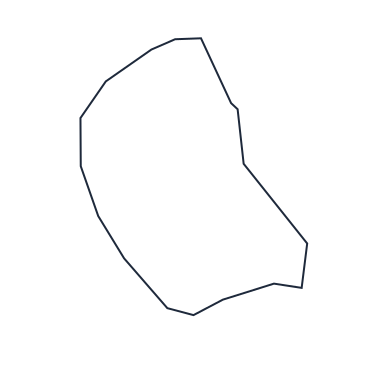 map outline of Rarotonga (orthographic projection), rotated 236°
{"feature_id": "COK-4953", "entity_name": "Rarotonga", "entity_type": "state/province", "adm_level": 1, "iso_a3": "COK", "parent_name": "Cook Islands", "parent_adm1": "", "projection": "orthographic", "projection_center": [-159.787, -21.22], "detail": "fine", "context": "isolated", "style": "outline", "palette": "slate", "viewbox_px": 384, "rotation_deg": 236, "n_neighbors": 0, "source": "natural_earth", "source_scale": "10m", "svg_char_len": 375}
<svg xmlns="http://www.w3.org/2000/svg" viewBox="0 0 384 384"><g transform="rotate(236 192 192)"><path d="M174.9,98.6L224.5,100.8L275.6,114.2L315.7,140.9L331.9,182.4L332.8,238.0L328.1,263.4L314.4,285.4L243.8,274.1L235.1,276.1L186.5,250.6L84.9,258.7L51.2,229.3L70.2,208.7L85.5,157.4L89.1,124.4L109.5,106.6L174.9,98.6Z" fill="none" stroke="#1e293b" stroke-width="2"/></g></svg>